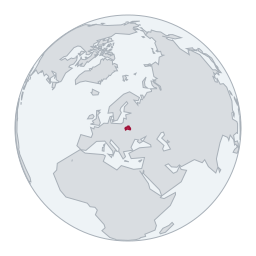 the Earth from above Brest
{"feature_id": "BLR-2338", "entity_name": "Brest", "entity_type": "Region", "adm_level": 1, "iso_a3": "BLR", "parent_name": "Belarus", "parent_adm1": "", "projection": "orthographic", "projection_center": [25.618, 52.455], "detail": "fine", "context": "on_globe", "style": "filled", "palette": "rose", "viewbox_px": 256, "rotation_deg": 0, "n_neighbors": 0, "source": "natural_earth", "source_scale": "10m", "svg_char_len": 11286}
<svg xmlns="http://www.w3.org/2000/svg" viewBox="0 0 256 256"><circle cx="128" cy="128" r="113" fill="#eef3f6" stroke="#a8b0b8"/><path d="M63.1,36.0L67.0,33.3L64.6,34.9L67.8,32.8L71.1,30.8L76.5,27.9L85.1,24.6L90.8,25.1L87.6,26.0L89.3,26.3L93.5,25.2L95.8,24.5L107.4,25.5L121.1,24.9L125.3,23.3L124.5,25.0L132.5,21.3L139.8,21.1L131.5,22.3L130.7,23.2L135.7,23.3L136.0,24.3L138.5,25.1L138.4,26.3L133.5,27.2L133.3,28.1L136.9,28.2L139.0,29.7L133.8,29.4L136.9,32.0L129.4,34.4L115.6,33.4L111.4,36.5L97.1,40.6L98.4,41.6L93.8,44.0L93.6,46.2L91.0,46.5L93.1,48.0L95.5,47.3L97.2,47.8L97.3,49.0L94.0,49.6L93.5,49.1L92.6,49.9L90.9,49.7L91.8,50.5L87.8,51.2L91.9,52.5L88.8,54.7L86.1,54.6L86.3,52.1L80.5,46.4L77.8,46.0L73.9,47.7L66.7,56.0L63.9,56.7L60.0,59.5L61.6,60.2L65.2,58.2L67.3,60.4L71.4,58.0L72.9,58.6L77.2,57.4L76.6,60.4L73.7,64.0L70.1,65.3L68.8,67.0L72.3,68.2L65.6,73.1L61.4,81.0L59.7,82.1L56.2,79.6L56.0,73.2L51.5,70.8L54.5,75.3L50.1,78.3L49.4,80.2L49.7,81.8L51.4,81.9L49.9,83.6L46.4,79.6L47.7,77.9L48.8,79.2L48.6,76.3L46.2,74.0L44.2,75.9L42.7,71.0L41.3,72.4L40.1,72.2L42.5,70.3L38.1,73.8L36.1,70.0L30.0,76.5L35.9,68.1L37.9,64.4L39.9,60.6L38.9,61.6L42.8,55.8L44.1,53.3L41.4,55.9L48.1,48.6L55.3,42.0L63.1,36.0ZM33.1,67.3L33.4,67.0L31.3,70.8L29.9,72.7L33.1,67.3ZM26.8,78.5L25.3,81.8L24.8,82.8L26.8,78.5ZM19.2,98.7L19.3,98.8L18.9,102.0L17.7,105.9L18.4,105.1L17.5,109.6L17.4,119.1L17.1,119.2L16.9,132.0L18.6,143.1L19.0,148.1L18.6,148.9L19.6,152.5L19.6,153.8L25.6,168.3L30.1,177.8L30.9,181.8L29.1,181.2L30.4,184.2L26.6,177.1L23.4,169.7L20.7,162.2L18.5,154.4L16.9,146.5L15.9,138.6L15.4,130.5L15.5,122.5L16.2,114.5L17.4,106.5L19.2,98.7ZM28.5,78.1L23.9,89.9L24.9,85.3L25.0,85.7L26.5,82.2L28.8,76.9L30.2,73.3L28.5,78.1ZM30.0,78.7L30.7,77.0L30.3,78.4L30.0,78.7ZM96.7,24.1L93.5,25.1L89.7,25.8L92.4,24.8L96.7,24.1ZM104.0,23.4L102.6,24.1L100.8,23.4L102.2,23.3L104.0,23.4ZM128.3,22.1L125.6,22.2L128.1,21.8L128.3,22.1ZM138.9,25.0L139.6,24.7L140.7,25.2L138.9,25.0ZM77.2,55.8L77.2,56.6L76.4,56.4L77.2,55.8ZM79.1,54.7L78.2,53.9L78.9,53.3L79.5,53.7L79.1,54.7ZM141.4,27.7L142.8,28.8L140.5,27.8L141.4,27.7ZM80.0,55.7L80.4,52.2L81.7,51.1L84.9,52.0L80.0,55.7ZM143.1,29.5L146.8,32.3L148.6,31.7L145.5,35.0L143.4,31.4L140.3,30.3L142.6,30.3L143.1,29.5ZM96.2,46.5L93.7,47.3L95.7,45.5L96.2,46.5ZM97.1,45.3L100.9,39.5L104.7,39.1L102.7,41.0L107.6,39.7L107.6,42.4L104.9,43.7L102.4,43.4L104.3,44.7L97.1,45.3ZM143.2,36.5L143.3,37.4L142.2,36.6L143.2,36.5ZM98.1,47.8L98.5,46.6L101.8,46.2L101.6,48.5L100.6,47.9L98.1,47.8ZM108.9,38.2L111.3,38.3L112.0,40.5L113.0,40.9L107.9,42.4L108.9,38.2ZM99.9,48.6L101.4,49.7L99.9,51.1L97.9,49.0L99.9,48.6ZM102.8,45.1L104.4,45.0L103.4,45.8L102.8,45.1ZM95.5,57.0L95.9,55.4L97.7,55.0L95.5,57.0ZM102.0,50.0L102.5,49.6L103.3,49.3L103.9,50.3L102.0,50.0ZM108.7,43.9L108.5,44.8L110.8,43.4L111.4,45.0L107.9,45.8L109.7,46.2L109.9,46.7L106.8,46.8L108.7,43.9ZM106.9,50.5L102.6,52.2L101.4,55.1L99.8,55.5L102.0,50.8L106.9,50.5ZM107.1,48.3L106.6,49.7L104.8,49.4L104.1,48.2L107.1,48.3ZM113.1,45.9L113.1,43.2L113.9,43.1L113.1,45.9ZM106.9,51.3L107.9,50.9L107.0,51.6L106.9,51.3ZM111.6,47.6L111.5,46.6L112.3,46.6L111.6,47.6ZM110.0,50.9L108.7,51.5L108.1,50.7L110.0,50.9ZM111.0,49.5L112.2,49.7L108.7,50.1L110.8,49.0L111.0,49.5ZM112.4,47.7L112.9,47.4L112.3,48.2L112.4,47.7ZM112.9,53.8L108.6,54.5L107.4,52.7L111.7,52.2L112.9,53.8ZM60.2,190.3L53.4,173.5L56.7,170.0L57.3,163.4L80.2,149.6L85.1,153.1L103.2,154.6L105.4,155.9L103.3,161.4L116.9,170.0L121.3,165.6L133.6,169.3L141.7,168.5L144.5,157.5L131.2,158.6L128.8,153.3L139.5,147.8L151.1,146.8L150.6,144.7L143.2,141.0L145.8,136.5L140.6,139.3L142.8,141.3L139.6,143.2L137.4,141.5L138.4,139.9L134.9,139.3L131.0,147.3L132.7,150.2L123.5,151.7L125.5,156.7L123.1,159.0L118.7,151.4L119.1,148.6L111.0,139.7L109.8,142.7L117.3,151.4L115.0,150.7L113.3,155.2L112.7,151.1L104.8,141.1L96.5,141.4L85.9,150.4L81.0,149.7L76.9,145.7L80.8,134.6L91.2,137.5L92.7,134.0L90.6,127.4L93.9,128.9L94.4,126.7L98.3,127.5L103.9,123.2L107.9,123.4L110.0,116.7L112.4,116.0L110.4,120.1L111.2,123.2L121.2,123.8L123.1,122.5L123.7,118.1L126.4,119.0L125.7,114.8L131.4,113.1L123.9,111.7L124.4,106.9L127.8,103.3L126.6,101.6L121.0,107.5L120.0,110.1L121.3,112.7L117.4,120.1L114.0,121.1L112.9,112.6L108.0,113.2L109.4,106.7L123.6,94.2L129.6,91.8L139.5,97.6L138.1,100.7L133.9,100.1L137.8,105.0L137.5,102.5L139.7,103.3L140.7,99.2L142.4,99.6L140.6,95.2L142.7,95.2L143.8,98.1L147.1,92.4L151.5,91.5L151.5,90.1L150.2,88.8L156.6,88.7L156.3,87.7L154.1,87.3L152.1,85.0L151.0,81.0L153.2,81.2L153.9,82.6L158.8,86.1L160.4,90.2L161.2,89.9L160.4,86.4L154.4,82.1L153.1,79.7L156.2,81.3L155.0,80.5L155.0,79.4L157.2,78.5L153.9,76.6L151.5,64.7L155.5,62.0L158.5,64.6L159.2,57.2L163.7,55.2L161.6,54.8L160.6,51.3L159.2,51.8L158.1,51.3L154.8,43.0L155.8,41.4L152.1,37.8L151.0,37.6L150.1,38.6L145.5,35.0L148.6,31.7L150.8,32.2L151.3,30.0L156.3,31.6L160.7,32.0L165.9,35.4L168.9,35.6L168.7,34.7L172.6,34.6L181.3,37.7L175.1,38.9L162.2,36.1L167.5,37.4L166.5,38.3L168.6,39.6L172.3,40.6L172.6,40.0L179.8,48.6L189.3,54.7L188.1,50.8L190.1,50.0L199.8,54.7L212.7,69.9L215.6,69.8L217.6,71.5L219.3,75.3L216.4,72.9L215.5,74.5L213.6,72.7L215.3,78.3L212.6,75.9L215.2,81.7L217.3,82.2L216.8,77.9L220.2,84.2L223.3,83.6L226.7,87.2L231.9,101.0L232.5,110.0L233.2,111.7L231.8,112.9L232.5,119.0L236.9,121.6L237.6,123.9L237.5,133.8L237.1,132.3L233.6,135.3L234.7,141.9L237.4,140.9L238.4,144.1L237.1,146.6L235.8,144.0L234.6,145.0L233.7,139.8L230.2,135.1L228.8,140.4L227.7,137.4L222.7,135.2L220.0,142.7L216.4,158.8L217.9,167.0L215.8,173.0L208.4,166.6L204.7,159.7L202.2,162.7L194.4,159.6L181.4,166.6L179.4,164.9L177.0,167.2L171.5,166.9L168.4,163.8L165.1,165.3L173.4,173.3L176.9,171.7L179.6,166.2L181.2,169.5L186.6,170.3L181.2,181.8L161.7,195.9L159.6,189.9L143.6,173.6L143.9,171.2L143.9,170.9L143.6,170.5L142.4,174.4L139.6,170.7L148.4,183.5L149.9,188.9L161.4,196.4L160.4,197.6L164.1,198.6L175.4,192.5L175.5,194.6L170.3,205.5L154.4,220.1L156.4,225.6L155.0,230.1L144.9,234.2L145.6,236.4L140.3,237.7L139.8,238.6L135.5,239.7L128.3,240.4L116.2,239.9L115.7,239.4L109.9,237.5L101.9,230.7L105.1,227.8L104.1,224.5L95.4,214.8L97.3,210.1L95.0,207.3L90.1,206.7L87.3,203.2L84.4,202.3L65.9,197.0L60.2,190.3ZM72.4,159.5L71.8,161.5L72.4,159.5ZM163.7,151.0L170.5,149.1L167.1,143.1L169.4,141.9L167.4,140.4L166.8,142.7L161.7,138.1L164.5,135.0L163.5,132.1L161.1,132.7L156.8,139.1L164.0,145.5L162.6,148.9L163.7,151.0ZM17.5,119.3L17.3,121.2L17.2,119.7L17.5,119.3ZM24.3,86.0L23.7,88.0L23.1,89.5L23.4,88.2L24.3,86.0ZM21.3,102.2L21.0,104.7L21.0,102.7L21.3,102.2ZM23.3,91.8L21.5,100.3L21.4,96.8L22.7,91.6L22.3,94.3L23.3,91.8ZM28.6,79.8L28.1,81.2L27.7,81.5L28.6,79.8ZM29.7,79.8L29.8,79.4L30.4,78.3L29.7,79.8ZM50.3,78.6L50.5,78.9L50.4,80.8L49.7,80.3L50.3,78.6ZM54.7,87.5L52.2,90.1L53.5,87.8L52.0,87.4L52.8,82.2L58.9,82.4L56.0,83.2L54.7,87.5ZM55.5,75.7L54.3,78.7L55.4,75.4L55.5,75.7ZM92.7,114.4L94.1,116.3L92.6,118.7L87.5,118.9L89.6,115.5L92.7,114.4ZM96.3,118.6L96.7,110.5L99.9,110.2L98.1,111.7L100.1,112.3L97.7,114.9L100.3,122.8L99.2,125.4L90.4,124.1L93.9,123.0L92.4,121.1L96.3,118.6ZM92.2,92.2L92.4,89.2L99.0,92.4L98.0,94.8L92.9,95.1L91.0,92.4L92.2,92.2ZM85.6,58.2L85.2,57.2L86.1,57.0L87.2,57.6L85.6,58.2ZM95.5,56.3L88.0,62.4L87.2,61.5L83.8,66.4L80.4,66.1L82.7,62.9L77.6,66.4L78.3,63.4L75.0,66.1L80.6,59.0L81.1,56.6L81.9,59.4L85.0,59.7L86.4,59.1L91.0,55.8L93.6,51.0L97.1,50.8L98.8,51.9L98.8,53.0L96.5,52.7L98.0,54.4L94.7,54.9L95.5,56.3ZM117.7,67.7L115.1,66.5L117.5,70.8L114.3,71.0L114.7,71.5L112.4,72.9L110.4,75.6L108.9,75.2L108.7,76.4L107.1,77.5L106.4,79.0L103.5,79.0L102.4,81.0L101.7,79.9L100.6,83.3L100.1,80.8L98.0,82.0L99.6,83.8L85.5,81.0L79.9,82.1L75.6,84.5L75.3,80.1L79.2,75.3L85.0,71.0L90.4,70.7L89.3,68.9L91.6,68.3L91.5,69.9L92.9,67.0L94.8,67.0L100.0,63.8L100.9,59.8L102.9,58.7L103.4,60.2L104.9,58.0L107.3,60.1L108.7,59.4L112.4,60.9L112.6,64.5L114.2,63.4L117.1,64.6L117.7,67.7ZM113.9,54.3L114.9,58.3L113.6,60.4L107.6,57.0L106.0,57.3L102.2,55.4L104.1,52.4L105.1,53.2L106.4,53.3L105.2,54.2L107.2,53.6L108.5,54.7L110.4,54.6L110.2,55.9L113.9,54.3ZM108.0,154.1L109.7,154.5L112.5,154.6L111.5,157.5L108.0,154.1ZM102.5,147.4L104.1,147.2L104.0,151.2L102.2,150.8L102.5,147.4ZM105.0,143.9L104.2,146.9L103.5,145.0L105.0,143.9ZM111.9,119.8L113.6,119.5L113.8,120.5L112.8,122.0L111.9,119.8ZM124.2,81.3L122.9,80.1L123.5,79.6L122.7,76.0L125.1,75.6L126.5,77.7L124.2,81.3ZM142.2,159.6L139.9,162.0L138.7,161.1L139.7,160.5L142.2,159.6ZM124.9,160.4L128.9,161.8L124.6,161.2L124.9,160.4ZM126.7,80.4L126.1,78.9L127.6,79.7L126.7,80.4ZM126.8,75.3L128.6,75.8L125.3,75.2L126.8,75.3ZM173.7,224.2L165.4,232.3L160.3,233.8L159.6,232.7L162.9,228.3L169.0,225.4L172.1,222.4L173.7,224.2ZM238.3,150.9L238.0,152.0L238.5,149.8L238.9,147.6L238.3,150.9ZM238.4,150.1L237.1,153.3L233.1,152.3L234.6,149.4L238.3,146.1L238.1,147.7L238.9,146.4L238.4,150.1ZM240.1,138.5L240.0,139.9L239.9,137.9L240.0,134.9L240.2,132.7L239.8,117.4L239.9,116.0L240.4,121.5L240.5,121.6L240.6,130.1L240.1,138.5ZM218.4,167.4L220.8,169.8L219.5,172.2L218.4,167.4ZM238.5,109.2L239.4,115.6L238.2,108.5L238.5,109.2ZM237.0,103.6L237.6,104.9L237.2,104.9L237.0,103.6ZM234.3,113.8L234.0,116.5L233.5,115.5L233.4,111.5L234.3,113.8ZM229.3,90.4L231.4,93.4L232.0,94.9L230.9,94.2L229.3,90.4ZM146.1,77.0L144.5,82.2L145.0,86.1L147.7,88.2L143.2,87.5L142.5,81.6L146.1,77.0ZM150.6,66.1L148.2,64.4L149.7,63.8L150.4,64.1L150.6,66.1ZM148.9,66.0L145.2,66.5L144.1,64.7L147.3,64.7L148.9,66.0ZM136.0,73.2L135.3,74.8L134.1,74.1L136.0,73.2ZM238.5,106.3L239.1,109.7L237.4,101.4L237.7,102.2L238.5,106.3ZM237.7,103.0L238.3,106.1L237.3,101.7L237.7,103.0ZM238.1,105.8L237.6,104.3L237.4,102.8L238.1,105.8ZM237.5,101.9L236.4,98.5L236.8,99.4L237.5,101.9ZM236.2,101.2L236.8,100.3L236.9,104.0L234.4,98.7L234.1,96.5L236.2,101.2ZM218.4,68.4L217.1,67.5L216.1,65.4L217.3,66.6L218.4,68.4ZM211.7,58.1L215.4,64.5L218.2,70.1L218.5,69.4L221.2,72.7L219.4,72.5L215.8,66.9L214.1,63.2L211.6,60.8L209.0,57.2L206.0,55.5L204.1,53.5L206.3,54.0L211.7,58.1ZM204.8,54.9L198.7,51.2L197.9,48.4L199.1,48.5L202.2,51.4L202.4,52.7L204.8,54.9ZM197.0,49.6L197.1,50.9L188.5,49.5L186.5,48.6L192.6,47.8L193.1,49.0L195.4,50.0L197.0,49.6ZM144.5,37.3L143.4,37.4L144.0,36.7L144.5,37.3ZM157.4,51.7L156.0,51.0L156.7,50.2L157.4,51.7ZM152.7,48.6L152.8,50.0L151.7,48.4L152.7,48.6ZM153.4,53.3L152.5,50.6L154.7,53.3L153.4,53.3Z" fill="#d9dde1" stroke="#a8b0b8" stroke-width="1"/><path d="M128.1,129.1L127.7,129.0L127.4,129.0L126.9,129.1L126.5,129.1L126.4,129.2L126.4,129.3L126.2,129.5L125.9,129.7L125.7,129.6L125.6,129.8L125.5,129.7L125.5,129.4L125.6,129.2L125.6,128.9L125.6,128.7L125.4,128.5L125.2,128.4L125.1,128.2L125.3,127.9L125.6,127.7L125.8,127.7L126.0,127.5L126.0,127.4L126.3,127.3L126.5,127.4L126.8,127.2L127.0,127.0L127.3,127.1L127.4,127.3L127.4,127.2L127.5,127.2L127.8,127.0L127.8,126.9L128.0,126.7L127.9,126.6L128.0,126.5L127.9,126.5L127.9,126.4L128.0,126.4L128.1,126.2L128.3,126.2L128.5,126.2L128.8,126.2L128.9,126.3L128.8,126.5L129.0,126.7L129.1,126.8L128.9,126.9L128.9,127.0L129.0,127.1L128.9,127.2L129.0,127.3L129.0,127.2L129.3,127.3L129.3,127.2L129.3,127.3L129.5,127.4L129.7,127.5L129.8,127.6L129.7,127.7L129.7,127.8L129.8,127.9L129.8,128.0L130.0,128.2L130.1,128.3L130.3,128.4L130.3,128.5L130.4,128.8L130.3,129.0L130.4,129.3L130.3,129.6L130.2,129.6L129.9,129.6L129.9,129.4L129.7,129.3L129.3,129.3L129.0,129.3L129.0,129.2L128.7,129.2L128.4,129.1L128.2,129.0L128.1,129.1Z" fill="#f43f5e" stroke="#9f1239" stroke-width="1.5"/></svg>